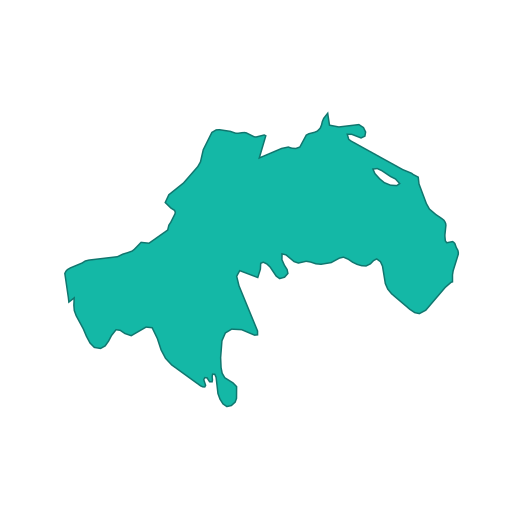 map outline of Namangan (Albers equal-area conic projection), rotated 160°
{"feature_id": "UZB-365", "entity_name": "Namangan", "entity_type": "Region", "adm_level": 1, "iso_a3": "UZB", "parent_name": "Uzbekistan", "parent_adm1": "", "projection": "albers", "projection_center": [71.207, 41.083], "detail": "fine", "context": "isolated", "style": "filled", "palette": "teal", "viewbox_px": 512, "rotation_deg": 160, "n_neighbors": 0, "source": "natural_earth", "source_scale": "10m", "svg_char_len": 2717}
<svg xmlns="http://www.w3.org/2000/svg" viewBox="0 0 512 512"><g transform="rotate(160 256 256)"><path d="M80.2,164.5L81.6,164.6L88.9,161.8L115.0,147.0L122.2,146.0L126.2,148.5L129.7,153.3L141.5,174.1L143.5,179.8L143.9,185.8L140.6,203.2L141.0,208.1L143.6,212.0L147.1,211.5L151.2,209.5L156.0,209.0L160.1,210.8L163.9,213.6L167.4,217.2L170.3,221.3L174.2,225.0L178.4,225.5L187.6,224.1L197.7,226.0L202.4,228.2L206.8,231.7L210.7,233.9L218.6,234.9L222.1,237.7L227.4,246.8L230.8,249.1L232.9,243.7L232.5,237.7L231.4,232.6L232.0,228.7L236.4,226.3L241.5,226.7L243.9,230.2L246.5,240.8L248.5,244.8L251.3,247.7L254.1,247.5L256.4,242.1L261.7,235.2L276.3,247.8L281.1,243.6L282.2,233.8L280.2,185.0L281.5,181.4L284.4,182.1L294.7,191.7L303.9,195.6L311.1,194.2L317.0,188.0L324.0,172.6L327.0,163.1L327.9,157.4L327.0,152.3L321.0,144.6L318.9,139.9L323.0,128.9L325.6,125.8L330.3,123.9L334.9,124.5L337.6,128.3L338.8,133.8L338.8,139.7L335.0,155.6L335.2,159.0L337.2,159.8L338.5,157.5L339.3,154.4L340.3,152.8L342.6,153.7L343.7,158.3L345.7,159.2L347.4,157.7L347.6,151.7L348.9,150.5L350.7,151.2L352.4,152.8L372.5,182.5L376.0,190.8L377.3,200.2L376.9,212.2L378.1,224.1L383.6,226.8L400.5,223.8L405.7,228.0L409.0,232.6L412.7,234.6L419.0,230.7L423.6,226.5L428.5,223.1L433.7,222.3L439.2,225.4L441.7,230.9L442.8,238.6L443.2,246.6L445.4,261.4L445.4,266.9L444.0,272.0L441.2,278.8L447.6,276.7L446.5,281.3L441.6,305.0L440.0,306.5L439.1,307.1L437.8,307.7L434.5,308.3L421.7,308.9L418.2,309.7L414.4,309.3L386.4,302.7L380.5,303.3L375.4,303.0L370.7,303.0L368.2,303.8L359.3,308.1L352.2,304.6L330.1,310.6L327.3,314.8L324.6,316.8L317.7,323.3L316.8,324.9L317.0,326.8L319.6,330.2L323.0,337.3L316.9,343.4L299.1,349.4L280.1,359.9L276.0,363.4L269.2,373.9L255.2,387.2L250.3,388.1L247.2,387.2L237.5,381.9L233.1,378.3L230.7,377.4L226.8,376.6L224.5,375.9L223.0,375.0L216.9,368.6L215.3,367.8L206.9,366.9L205.7,365.6L219.4,347.0L195.1,348.3L188.3,347.3L186.9,346.1L185.2,344.9L181.8,343.4L177.5,343.4L167.4,352.4L164.5,352.8L158.5,352.2L155.6,352.4L152.0,354.1L149.6,356.7L147.7,359.6L145.3,362.2L139.8,365.6L140.3,363.3L142.2,353.8L134.0,348.9L114.4,344.3L111.1,339.9L110.6,335.0L112.7,331.4L116.9,331.0L124.4,337.6L128.6,339.2L129.0,333.9L127.3,331.4L88.5,286.9L81.9,280.9L81.2,280.1L80.7,279.1L76.6,274.6L78.2,268.0L78.0,247.0L77.0,240.8L72.8,233.4L68.6,227.6L67.2,225.3L66.8,223.4L66.7,221.5L67.1,219.8L71.3,211.2L71.9,209.4L72.9,205.5L72.2,203.2L66.3,202.3L65.6,201.3L64.9,199.8L64.9,195.5L64.4,192.2L64.7,190.1L65.3,188.5L75.8,174.7L77.8,171.1L80.2,164.5ZM116.4,297.7L116.1,292.8L113.3,286.0L110.4,281.1L105.5,276.6L99.6,274.0L96.2,274.9L98.6,280.7L98.9,281.0L102.4,284.7L108.6,293.2L112.1,296.7L116.4,297.7Z" fill="#14b8a6" stroke="#0f766e" stroke-width="1.5"/></g></svg>